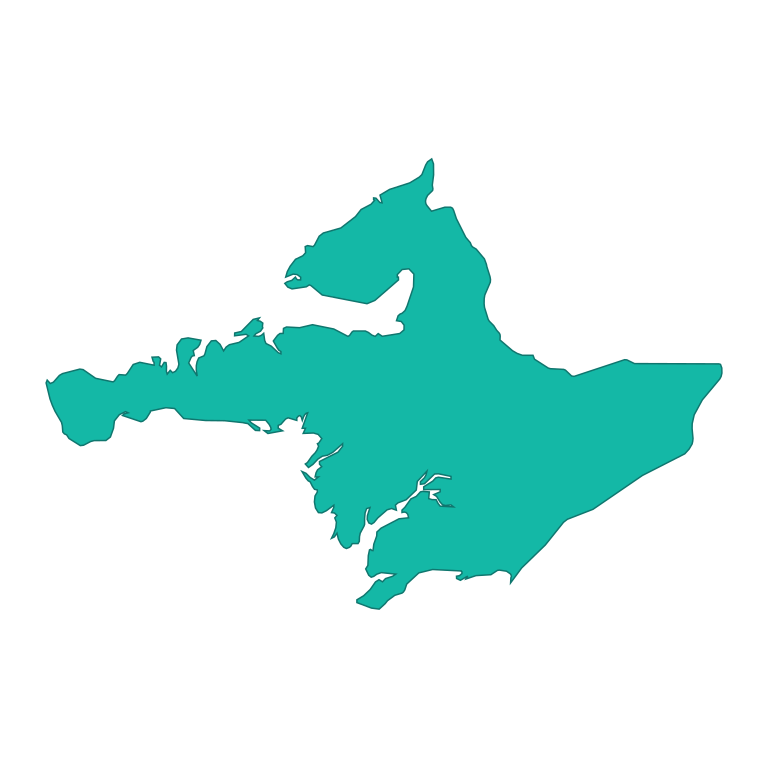 map outline of Vesturland (orthographic projection)
{"feature_id": "ISL-710", "entity_name": "Vesturland", "entity_type": "Region", "adm_level": 1, "iso_a3": "ISL", "parent_name": "Iceland", "parent_adm1": "", "projection": "orthographic", "projection_center": [-22.162, 64.9], "detail": "fine", "context": "isolated", "style": "filled", "palette": "teal", "viewbox_px": 768, "rotation_deg": 0, "n_neighbors": 0, "source": "natural_earth", "source_scale": "10m", "svg_char_len": 6110}
<svg xmlns="http://www.w3.org/2000/svg" viewBox="0 0 768 768"><path d="M465.9,579.0L467.7,576.1L460.4,580.3L456.6,578.5L456.5,576.2L459.4,575.7L461.9,573.6L462.0,571.9L460.9,571.1L461.9,571.0L432.6,569.5L418.8,572.9L406.7,584.1L404.8,589.9L403.4,592.0L402.0,593.1L394.8,595.3L387.5,600.7L385.2,603.6L379.2,609.1L371.5,608.1L356.9,602.6L356.9,599.8L363.7,595.7L370.2,589.5L375.5,581.9L379.0,579.7L382.5,581.8L385.5,578.6L392.6,576.3L395.7,574.1L381.3,572.6L376.8,574.2L373.7,576.4L371.2,577.2L368.7,575.2L365.7,568.9L367.9,565.4L368.3,555.6L369.5,549.9L370.6,549.4L371.9,550.5L373.0,550.6L373.8,544.2L376.7,536.0L376.9,532.0L381.0,528.2L399.0,518.8L408.6,517.8L407.8,514.4L406.3,512.6L404.2,512.0L402.0,512.5L402.0,510.1L404.9,507.3L410.9,498.9L416.3,496.4L420.4,491.9L422.6,491.4L429.3,491.9L428.7,498.6L432.0,499.6L436.1,499.7L438.1,503.5L440.2,506.2L453.6,506.9L451.0,504.9L445.4,505.5L442.5,504.7L440.2,502.2L436.6,496.4L433.7,494.6L440.2,491.8L440.2,489.5L423.7,489.6L423.7,486.8L432.8,481.1L435.7,477.9L438.4,477.2L451.0,479.1L451.0,476.4L438.5,473.8L434.6,474.0L424.5,483.7L420.4,484.3L420.4,481.7L424.5,477.7L426.0,474.9L426.9,471.2L417.3,481.4L416.3,490.0L406.2,499.7L397.9,502.9L395.4,505.1L396.4,510.2L391.6,508.5L387.1,509.8L377.8,517.9L374.0,522.5L371.5,524.1L368.9,523.0L367.2,519.4L367.4,515.7L370.0,507.5L366.6,508.6L365.1,512.8L364.6,518.5L364.6,524.3L364.0,526.1L360.2,533.2L359.5,536.6L359.3,541.4L358.0,543.6L352.2,543.6L350.7,546.3L349.3,547.4L346.4,548.5L343.8,547.3L340.9,544.0L338.4,539.1L337.0,533.2L334.4,536.9L331.5,538.3L333.8,533.6L335.8,527.8L336.4,522.1L334.8,517.9L337.0,515.4L334.5,513.0L331.5,512.6L333.8,507.5L333.8,505.2L326.4,510.7L321.9,512.9L318.4,512.6L315.5,508.0L314.4,501.9L315.0,496.0L317.3,492.1L317.3,489.9L314.5,489.3L312.5,486.5L310.2,481.9L308.2,480.8L305.9,478.1L302.0,471.5L306.0,473.3L310.2,477.5L314.4,480.1L318.5,476.9L315.1,476.9L316.1,472.6L317.6,469.8L321.7,466.7L319.5,464.1L319.5,461.5L338.0,452.2L342.6,446.3L342.6,443.7L332.7,452.4L327.5,455.2L322.3,456.2L318.0,459.0L313.0,464.3L308.5,467.5L305.3,464.0L307.4,462.6L311.9,456.2L315.2,452.8L317.0,450.1L318.6,446.2L317.4,443.7L318.8,443.0L321.8,438.6L318.2,434.4L313.4,433.0L303.2,433.4L305.5,428.3L302.2,428.3L307.7,412.8L306.1,413.3L304.6,414.8L303.4,417.2L302.3,420.4L301.3,417.0L300.0,415.6L298.5,416.0L296.8,417.9L296.8,420.4L288.1,417.8L285.6,419.0L280.9,424.3L278.2,425.4L278.2,428.2L282.6,430.8L267.9,433.5L264.1,430.6L269.7,430.9L271.1,429.4L270.7,427.3L269.1,424.3L265.7,420.2L248.9,420.1L251.3,422.8L259.7,428.1L259.6,430.6L255.4,430.4L247.9,423.6L243.4,422.8L244.5,422.8L224.6,420.7L205.6,420.5L183.7,418.5L174.6,408.5L165.9,407.7L150.4,411.0L150.3,412.1L146.3,418.5L142.8,421.2L140.9,421.7L122.5,415.5L124.2,413.9L128.1,412.8L125.5,411.6L119.3,414.7L114.4,420.9L113.5,428.3L110.4,437.0L105.9,440.5L94.1,440.6L90.7,441.5L83.6,445.2L80.3,445.6L69.0,438.5L66.6,434.8L64.4,433.9L62.8,432.0L62.3,425.7L61.5,422.3L55.0,411.2L52.3,405.2L50.0,398.9L46.1,382.9L47.2,380.1L50.3,383.5L53.4,382.2L59.4,375.4L62.5,373.6L79.8,369.1L83.1,369.6L95.6,378.3L113.0,381.9L114.5,380.9L117.5,376.3L119.1,374.6L125.6,375.1L127.3,373.5L133.2,364.5L139.8,362.3L154.1,365.2L154.1,362.4L153.2,361.3L152.0,357.2L158.6,356.9L160.7,358.9L159.5,365.3L161.5,366.9L164.2,362.4L166.0,362.6L166.5,366.2L166.4,371.4L167.2,374.1L170.2,370.3L172.6,372.7L175.5,371.3L177.9,367.9L178.9,364.2L176.5,350.1L177.1,344.9L181.5,339.0L188.1,337.9L201.0,340.2L199.7,344.4L197.7,347.3L193.2,350.5L194.3,355.6L192.4,356.0L191.1,357.4L188.7,363.0L197.2,376.1L196.3,370.4L196.3,365.7L197.1,361.7L198.7,358.0L204.0,355.8L205.0,353.7L206.9,346.6L211.3,340.9L215.8,340.5L220.0,344.3L223.6,350.9L226.1,347.1L229.4,344.7L239.1,342.4L248.6,335.9L246.1,334.3L234.6,335.8L234.7,333.0L241.3,331.5L253.2,319.4L259.4,317.9L257.4,320.5L260.2,321.2L262.8,323.1L262.4,326.4L262.8,327.9L260.5,331.2L255.7,333.8L254.0,336.0L258.7,336.4L261.4,335.3L263.7,333.3L264.7,340.5L266.0,343.5L271.2,346.1L278.2,352.7L280.9,353.8L280.9,351.5L278.9,350.3L277.2,347.9L273.3,341.0L277.6,335.3L280.0,333.5L283.2,333.4L283.5,328.4L286.5,327.0L299.6,327.7L312.5,324.7L333.8,329.0L348.0,336.4L349.6,335.4L352.0,332.0L353.4,331.0L365.3,331.0L368.5,332.5L371.9,335.1L375.2,336.4L378.2,333.6L382.3,336.3L399.8,333.5L404.0,329.9L404.1,325.2L401.3,321.5L396.5,320.7L398.1,315.8L400.0,314.1L402.2,313.2L405.1,310.5L407.1,306.1L413.5,287.0L413.9,274.1L408.9,268.8L402.1,269.5L397.3,274.6L397.3,277.1L398.4,277.1L398.5,279.9L374.9,300.4L367.0,303.7L322.2,295.0L311.0,285.6L309.3,284.9L306.3,286.8L292.0,288.9L287.8,287.1L284.8,283.4L287.2,281.8L291.8,280.4L295.4,277.1L296.6,279.1L297.8,279.9L300.6,279.9L300.7,277.2L297.2,274.6L293.2,274.1L285.7,277.1L287.3,271.6L290.2,266.2L295.5,259.3L302.8,255.8L305.6,252.7L305.2,246.6L307.5,245.6L313.1,246.6L314.5,245.2L319.2,236.2L323.3,233.0L340.8,228.0L355.5,216.6L361.1,209.5L371.0,204.3L374.6,200.3L373.6,199.6L373.6,197.9L376.0,198.2L379.8,202.5L382.1,202.8L380.0,195.1L389.6,189.4L409.7,182.9L419.3,177.1L421.9,174.6L425.7,165.0L427.6,161.8L431.7,158.9L433.5,163.9L433.6,174.9L432.3,185.1L432.9,188.9L432.6,190.5L427.6,195.4L426.0,198.6L425.5,201.1L425.8,203.5L426.8,205.4L431.5,211.2L444.9,207.2L450.7,207.2L452.5,208.2L453.6,210.3L456.4,218.7L465.8,237.4L470.3,242.7L471.4,245.5L472.5,246.9L476.2,249.1L484.4,258.9L486.4,264.3L486.9,266.8L490.0,276.6L490.5,279.5L490.3,282.2L484.8,295.0L484.2,298.7L484.1,303.7L484.5,307.4L488.2,319.4L489.3,321.2L493.7,325.6L496.7,330.3L499.4,333.3L500.0,334.6L500.2,336.2L500.0,340.0L512.5,350.7L517.1,353.4L522.4,355.3L533.0,355.3L534.5,359.2L548.3,368.1L550.5,368.7L563.7,369.4L565.4,370.1L571.6,376.0L574.1,376.4L624.6,359.7L626.9,359.9L634.5,363.6L719.0,363.9L720.5,364.4L721.8,368.0L721.9,373.1L721.1,376.5L719.7,379.1L702.3,399.9L694.2,414.8L692.2,423.7L692.1,428.5L693.0,438.5L692.7,441.4L692.1,444.0L689.1,449.1L684.8,453.8L642.5,475.4L593.0,509.3L567.3,519.3L563.5,522.3L545.3,545.0L521.7,567.9L510.6,582.9L510.9,577.8L511.4,576.5L511.0,574.8L510.3,573.8L506.5,571.2L499.3,570.1L497.4,570.4L490.9,574.7L476.0,575.6L465.9,579.0Z" fill="#14b8a6" stroke="#0f766e" stroke-width="1.5"/></svg>